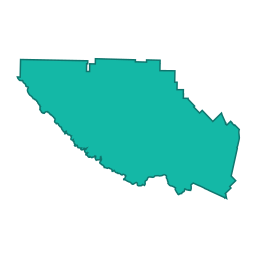 outline of Kalamunda, Western Australia, Australia, rotated 181°
{"feature_id": "25037944B74850979375149", "entity_name": "Kalamunda", "entity_type": "district", "adm_level": 2, "iso_a3": "AUS", "parent_name": "Australia", "parent_adm1": "Western Australia", "projection": "albers", "projection_center": [116.154, -32.004], "detail": "fine", "context": "isolated", "style": "filled", "palette": "teal", "viewbox_px": 256, "rotation_deg": 181, "n_neighbors": 0, "source": "geoboundaries", "source_scale": "gbopen_adm2", "svg_char_len": 5589}
<svg xmlns="http://www.w3.org/2000/svg" viewBox="0 0 256 256"><g transform="rotate(181 128 128)"><path d="M236.6,194.6L236.7,177.0L239.5,177.1L239.1,176.0L238.0,174.5L237.1,173.7L236.5,173.6L236.1,173.7L235.4,173.4L234.6,173.7L234.2,173.6L234.0,173.3L233.8,172.3L233.6,172.0L233.0,171.3L231.3,170.1L231.3,169.6L230.8,168.6L230.8,168.0L229.8,167.5L229.0,167.4L228.6,167.2L228.4,166.4L229.1,165.2L229.2,163.8L228.9,162.5L227.8,160.5L226.8,159.2L225.5,158.4L225.2,158.0L224.4,157.4L223.2,155.6L222.3,155.5L221.7,154.9L221.4,154.9L221.3,154.6L220.7,154.5L220.4,154.1L219.8,153.6L219.7,153.2L219.4,153.2L219.1,152.9L218.7,151.7L218.2,151.2L218.2,150.9L217.5,150.2L217.4,149.8L217.2,149.6L216.8,149.6L216.7,149.0L216.4,148.5L215.9,148.1L216.2,147.8L216.2,147.4L216.4,147.3L216.1,146.4L216.5,145.3L216.1,145.1L216.1,144.6L215.9,144.4L215.9,144.0L215.2,143.4L215.0,142.9L214.8,142.8L214.7,142.2L214.2,141.9L213.6,141.8L213.2,141.3L212.7,141.5L212.2,141.2L211.8,141.3L211.7,141.9L211.2,142.3L210.7,142.5L210.3,142.9L209.8,142.9L209.1,142.7L209.0,142.9L208.7,143.0L208.4,142.8L208.0,142.0L207.4,141.9L206.7,141.2L206.6,140.8L206.1,140.6L205.8,140.0L205.5,139.8L205.1,140.0L204.8,139.8L204.0,138.8L202.8,137.9L202.4,137.1L201.8,136.6L201.5,136.6L201.3,136.4L201.1,135.2L201.5,133.6L201.5,133.2L201.4,132.8L200.9,132.2L199.9,131.5L199.7,131.0L199.3,131.1L199.1,131.4L198.6,131.4L198.2,131.0L197.8,130.9L197.4,129.8L195.9,128.1L195.5,127.9L195.2,128.0L195.1,127.7L194.7,127.5L194.6,127.1L194.4,127.0L194.5,126.4L193.7,125.0L193.1,124.5L192.5,123.3L191.8,122.9L190.6,123.3L190.1,123.3L189.3,124.3L189.5,123.7L190.0,122.9L190.4,122.9L191.0,122.3L191.0,121.7L191.1,121.2L190.9,121.2L189.5,121.5L189.2,121.7L188.6,121.6L188.1,120.9L188.0,120.4L187.7,120.1L186.5,120.0L186.0,120.1L186.0,120.4L185.7,120.6L185.9,120.4L185.8,120.1L185.5,119.4L185.1,119.1L184.8,119.2L184.4,119.1L184.6,118.7L184.7,118.4L184.5,117.7L184.9,116.2L184.8,115.5L183.3,114.8L182.6,115.3L182.7,114.6L182.6,113.9L182.1,113.4L181.8,113.5L181.8,113.0L181.6,112.7L181.2,112.7L181.5,112.6L181.6,112.1L180.9,110.8L180.4,110.6L180.8,110.0L181.1,109.8L181.0,109.7L180.9,109.3L180.6,109.0L179.7,109.1L179.2,109.4L179.0,109.7L178.5,109.8L178.1,108.8L178.1,108.2L177.5,107.4L176.7,107.4L174.9,107.0L174.3,107.1L174.8,106.2L174.7,105.7L173.9,105.3L173.4,105.3L172.3,106.0L171.6,106.0L171.7,106.9L171.0,106.9L170.8,106.6L170.4,106.4L169.1,107.0L169.6,106.3L169.7,105.9L170.4,105.8L171.0,106.0L170.8,105.5L171.3,105.2L170.6,103.3L169.7,102.3L168.9,102.0L168.7,102.2L168.7,101.8L168.3,101.9L168.7,101.4L168.8,101.0L169.4,101.3L169.6,101.2L169.7,100.7L169.6,100.4L169.0,100.4L167.7,99.3L167.5,98.8L166.6,98.1L165.8,98.1L165.5,98.8L163.7,97.7L163.4,97.7L162.9,98.3L162.4,98.4L161.9,98.3L160.5,99.0L160.5,99.4L159.8,99.2L159.9,97.9L160.2,97.7L160.3,97.3L160.1,97.0L159.8,96.0L159.2,95.2L158.2,95.8L157.8,95.5L156.4,95.8L156.0,95.7L155.6,95.9L155.2,96.4L155.0,98.0L154.9,98.3L154.7,98.0L154.7,98.4L154.9,98.6L154.6,98.8L154.5,98.4L154.4,98.0L154.5,97.9L154.3,97.3L153.7,97.2L154.0,97.2L154.0,96.1L154.2,95.7L154.4,94.7L154.9,94.6L155.2,94.1L155.6,92.8L155.2,92.1L154.7,92.0L154.0,91.2L153.1,90.6L152.5,90.5L151.5,89.3L151.0,89.0L151.1,88.1L149.2,87.8L148.0,87.3L147.6,87.4L147.2,87.8L146.4,87.9L146.1,87.7L145.9,87.3L144.9,87.0L143.5,86.3L143.0,85.5L143.3,84.9L143.0,84.4L142.7,84.5L142.2,84.4L142.1,84.6L142.1,84.9L141.1,85.4L139.8,83.6L138.6,83.0L137.8,83.2L137.7,83.1L137.6,82.8L137.3,82.4L135.7,82.4L135.0,82.1L134.3,81.4L133.4,81.0L132.9,81.0L132.3,81.6L131.9,81.6L131.3,81.5L130.5,80.9L129.8,80.8L129.6,80.6L129.3,79.9L129.7,79.5L129.9,79.1L129.9,78.4L130.1,77.8L131.4,76.9L131.4,76.4L131.1,76.1L130.3,76.3L129.9,76.2L128.7,75.4L126.5,74.3L125.1,73.9L124.4,73.5L123.4,72.4L122.6,71.9L121.8,71.9L121.7,72.2L120.7,72.5L119.4,73.5L118.7,73.7L118.2,73.5L117.9,73.0L117.5,70.9L116.6,70.4L113.8,70.5L112.9,71.0L112.7,71.6L112.4,71.8L110.5,70.9L109.8,72.4L110.0,73.3L109.9,75.0L109.4,75.6L108.6,76.0L108.1,76.5L107.6,77.7L107.6,78.0L107.0,78.9L106.7,79.2L105.5,79.5L104.9,79.3L104.2,79.5L103.1,79.1L101.6,79.3L101.3,79.4L100.5,80.4L99.8,80.7L97.0,80.9L95.6,80.6L93.2,81.0L92.8,81.3L92.5,81.3L91.3,82.0L90.9,82.0L89.6,81.5L88.8,80.9L88.7,80.5L88.8,79.5L88.7,78.6L88.1,77.7L87.7,77.1L87.6,75.9L87.0,74.8L87.0,74.1L87.1,73.4L87.0,73.2L86.5,72.7L85.5,71.5L84.6,71.0L82.8,70.7L82.6,70.5L82.1,70.4L81.3,69.9L80.8,69.9L80.1,69.2L79.5,69.1L79.5,68.4L79.7,67.7L79.7,67.1L79.3,66.6L78.4,64.9L77.6,63.9L77.1,62.9L76.7,62.6L76.4,62.3L75.9,62.4L75.3,63.1L74.2,63.2L73.8,63.4L73.4,63.4L73.4,63.8L72.7,64.1L72.1,65.0L71.4,65.1L70.9,65.5L70.4,66.4L70.4,67.2L70.3,68.0L70.0,68.2L69.3,67.8L68.9,67.7L68.5,67.3L66.0,66.8L66.0,67.1L64.3,66.7L63.8,68.2L63.8,70.3L64.0,71.6L64.0,72.2L63.6,72.7L61.8,74.1L55.8,71.5L55.7,71.6L51.1,69.5L50.3,69.1L50.3,68.9L47.1,67.6L46.3,67.3L46.2,67.1L30.2,60.1L30.1,59.9L29.9,60.2L28.2,59.3L28.9,62.2L29.0,63.5L29.6,64.2L24.0,69.8L25.3,71.3L19.4,77.2L24.0,81.8L18.3,109.9L18.8,110.5L18.3,111.4L18.0,112.3L16.7,118.6L16.5,120.1L17.1,125.5L17.0,127.3L16.7,128.4L21.3,132.9L21.8,132.4L24.4,135.0L24.2,135.2L25.5,136.5L29.2,132.7L30.0,133.5L30.2,134.3L30.5,134.0L30.9,135.6L34.1,142.5L34.8,144.6L43.3,136.0L54.1,146.9L56.7,144.2L62.1,149.6L62.7,150.2L61.8,151.1L68.4,157.8L68.4,158.7L73.2,158.7L73.1,162.9L73.3,162.9L73.3,167.3L79.7,167.2L79.7,174.6L82.1,174.6L82.1,186.0L97.1,185.9L97.1,192.9L97.0,193.2L97.1,193.4L97.1,196.3L110.6,196.4L110.6,194.2L121.8,194.3L121.8,196.3L161.8,196.7L161.8,191.5L167.4,191.5L167.4,183.8L170.5,183.8L170.5,191.5L169.4,191.5L169.4,194.5L236.6,194.6Z" fill="#14b8a6" stroke="#0f766e" stroke-width="1.5"/></g></svg>